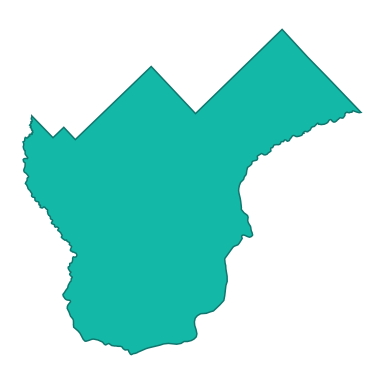 outline of Collón Curá, Neuquén, Argentina
{"feature_id": "61730980B40628819919033", "entity_name": "Collón Curá", "entity_type": "district", "adm_level": 2, "iso_a3": "ARG", "parent_name": "Argentina", "parent_adm1": "Neuquén", "projection": "equal_earth", "projection_center": [-70.399, -40.052], "detail": "fine", "context": "isolated", "style": "filled", "palette": "teal", "viewbox_px": 384, "rotation_deg": 0, "n_neighbors": 0, "source": "geoboundaries", "source_scale": "gbopen_adm2", "svg_char_len": 5837}
<svg xmlns="http://www.w3.org/2000/svg" viewBox="0 0 384 384"><path d="M25.3,137.4L24.9,138.3L24.6,140.8L24.2,141.3L23.0,141.9L23.7,143.6L23.8,144.2L23.5,146.0L23.2,146.7L23.6,148.6L24.3,150.1L24.7,150.6L25.1,150.7L25.0,151.5L25.2,152.1L25.1,153.6L25.4,154.5L27.4,157.1L27.8,157.8L27.4,158.6L27.2,158.7L26.5,158.4L25.2,158.6L24.9,158.5L23.8,158.9L23.2,159.5L23.4,161.1L24.0,162.1L25.0,162.8L25.2,163.5L25.0,166.6L23.9,169.5L23.8,170.6L24.0,171.4L24.4,172.1L26.1,173.3L27.6,175.0L28.6,176.5L28.4,177.2L28.2,177.5L27.6,177.7L27.2,178.2L27.1,178.7L27.1,180.2L26.8,181.0L26.5,181.3L25.7,182.6L25.4,183.6L26.6,184.8L27.5,186.7L28.1,188.7L28.9,189.7L29.6,190.1L31.9,193.7L32.0,194.3L31.6,195.0L31.6,195.7L31.8,196.4L32.7,197.1L34.8,197.6L35.0,200.3L35.8,201.1L36.6,201.5L38.1,201.7L38.7,202.2L38.9,202.6L39.0,204.7L39.4,205.1L40.1,205.0L40.4,205.2L40.5,205.5L40.2,206.6L40.2,207.4L42.0,208.0L42.6,207.9L43.4,207.1L44.4,207.1L44.9,207.3L45.7,208.4L46.7,209.3L47.5,209.7L47.6,210.7L47.4,211.8L47.7,212.3L47.9,213.7L48.2,214.4L48.7,215.2L49.6,215.8L50.4,217.0L50.4,218.5L51.0,219.2L52.3,219.9L52.6,220.4L52.6,220.9L52.3,221.6L51.9,221.9L51.5,222.5L51.6,223.5L54.3,224.7L54.5,225.0L54.6,226.4L55.1,227.0L55.7,227.2L56.8,226.8L58.0,227.4L58.6,228.0L58.7,228.4L58.6,228.7L57.9,229.6L57.9,230.5L59.3,231.4L60.8,232.9L61.4,234.2L62.1,235.2L62.0,235.8L61.3,237.1L62.4,238.4L64.9,240.2L66.6,240.1L67.2,241.4L69.5,242.5L69.6,243.2L69.3,244.1L69.3,244.5L71.5,246.3L71.6,246.7L71.1,248.0L71.0,248.3L70.4,249.8L70.4,250.3L70.6,250.7L70.8,250.9L71.7,251.1L72.4,252.0L73.3,252.0L76.1,253.3L76.8,254.6L76.8,255.6L76.5,256.3L75.9,256.9L74.6,257.2L73.8,256.9L73.3,256.9L73.1,257.1L72.8,257.7L72.6,258.5L72.7,259.1L72.5,260.7L72.1,262.1L71.4,263.0L70.0,263.3L69.8,263.5L69.7,264.3L69.8,265.1L69.5,266.3L69.3,266.6L68.5,266.8L68.2,267.1L68.2,268.2L68.6,269.3L70.1,271.5L70.8,271.9L70.9,272.1L70.8,272.5L70.0,273.4L69.7,274.3L69.8,274.7L71.5,276.6L72.0,276.8L72.2,277.1L72.1,277.8L71.4,278.3L71.3,278.6L71.1,281.0L70.1,281.9L68.3,285.2L67.7,287.7L67.3,288.4L65.8,290.3L64.6,292.3L63.0,294.3L63.0,294.9L63.3,296.2L64.9,298.5L65.7,299.3L67.1,300.0L69.8,300.3L70.3,300.8L70.5,301.8L68.1,304.8L67.4,306.3L67.2,308.4L69.1,312.2L70.5,316.1L72.9,319.0L73.4,320.3L73.5,323.4L73.4,324.5L73.7,327.2L78.0,330.9L80.0,333.2L83.2,339.3L84.8,341.0L85.4,341.2L86.1,341.2L88.8,340.4L92.1,339.2L93.7,339.1L98.0,340.0L102.6,342.1L104.1,344.0L104.9,344.6L105.8,344.9L107.1,344.1L108.8,343.5L109.5,343.8L110.0,344.3L111.7,345.5L114.9,346.0L115.9,345.9L117.9,346.3L120.5,346.3L122.0,346.9L123.1,348.6L124.6,349.7L125.4,350.0L127.3,349.7L128.3,350.1L128.8,351.5L130.5,354.3L131.4,354.6L133.4,353.6L135.1,353.4L137.1,352.7L137.6,352.3L146.1,348.6L148.8,347.8L159.7,345.2L163.7,343.9L168.4,343.4L176.7,344.2L181.1,343.4L184.0,341.5L187.5,341.5L191.4,340.5L194.1,339.0L196.3,336.8L196.9,333.8L196.1,329.8L194.7,325.4L194.4,321.8L195.2,318.2L197.4,315.6L200.7,313.7L206.3,313.3L209.8,312.0L213.5,310.9L219.7,305.0L223.8,300.5L224.7,295.9L225.9,285.5L227.2,281.4L227.1,276.2L225.9,268.9L225.7,265.4L225.1,263.2L225.0,262.1L224.7,259.1L224.9,258.4L232.9,247.3L234.3,246.2L237.9,244.8L239.4,243.0L242.1,238.6L242.2,238.2L241.7,237.1L241.7,236.1L242.3,235.3L243.3,235.0L245.0,235.4L247.1,236.4L248.8,237.0L249.6,237.2L251.2,236.6L252.5,235.4L252.6,234.9L252.2,233.0L251.3,230.8L251.0,229.4L250.7,227.0L250.2,225.8L249.4,224.7L248.5,223.1L248.0,221.8L247.7,220.7L247.9,218.9L248.1,217.2L247.5,215.5L245.8,214.1L244.0,212.8L241.3,209.4L241.4,207.5L240.7,201.2L240.2,198.3L239.0,193.3L238.6,190.7L238.8,188.3L239.4,185.4L240.6,182.4L243.6,179.4L244.2,177.2L244.9,176.0L245.5,175.5L245.9,174.9L246.4,173.5L246.8,170.3L247.6,167.4L250.0,165.7L251.5,164.3L251.8,163.6L251.9,162.4L252.2,161.7L252.6,161.4L253.4,160.9L255.9,160.4L256.7,160.1L257.2,159.6L257.6,158.7L257.6,158.1L257.3,157.0L257.3,156.2L257.6,155.9L261.1,153.7L261.6,153.5L262.5,153.9L263.9,154.8L265.1,154.9L265.9,154.7L267.1,154.2L268.3,152.9L270.8,151.2L270.9,150.4L270.7,149.5L270.8,148.4L271.0,148.0L271.5,147.8L272.6,147.6L273.3,146.4L273.6,145.7L274.0,145.1L274.4,144.8L275.6,144.8L276.2,144.6L278.4,144.7L279.7,144.3L280.3,143.7L280.7,142.9L280.9,142.1L281.7,141.6L283.5,141.6L284.5,140.0L285.7,139.9L286.3,140.3L287.2,141.2L287.6,141.2L289.0,140.7L289.4,140.3L290.2,138.7L291.2,137.7L292.2,136.1L292.9,135.6L293.6,135.5L294.3,135.6L296.0,136.5L297.0,136.6L299.1,136.2L301.7,135.3L302.4,134.4L302.8,133.3L302.9,133.2L303.8,133.3L304.0,133.2L303.5,132.5L304.4,131.6L305.5,131.4L307.0,131.8L307.8,131.7L308.2,131.2L310.2,130.0L311.1,128.1L312.2,126.9L314.4,126.4L317.3,123.4L317.8,123.2L318.1,123.3L318.7,124.3L320.1,124.3L321.0,124.6L324.3,124.2L326.8,123.1L328.2,121.8L328.8,120.6L329.4,119.9L330.6,119.6L331.5,120.1L332.3,121.3L333.5,122.0L334.1,122.1L335.1,121.9L336.6,120.9L337.4,119.9L338.3,119.3L339.6,118.0L340.3,117.7L341.3,118.0L342.5,118.1L343.3,117.8L344.9,115.5L344.9,114.1L345.1,113.6L345.8,112.7L346.3,112.6L346.7,112.2L347.3,112.2L347.9,112.6L349.5,112.7L349.7,112.4L351.9,112.2L352.1,112.0L352.2,111.4L352.4,111.0L353.3,110.8L356.5,112.0L359.2,112.7L361.0,112.4L326.2,76.1L307.6,57.1L282.1,29.4L195.5,113.6L151.2,66.5L75.3,139.6L63.8,127.3L53.0,137.7L31.8,115.9L31.8,116.6L32.0,117.2L31.5,117.6L31.6,118.0L31.2,118.9L31.5,119.1L31.8,119.6L32.0,120.2L32.1,121.4L31.9,121.7L31.3,121.5L31.0,121.6L30.9,122.2L31.3,122.7L31.3,123.4L30.8,123.6L29.7,125.2L30.7,125.7L31.0,126.1L30.8,126.7L30.3,127.0L30.3,127.3L31.0,127.8L31.2,128.2L31.2,128.8L31.8,129.2L31.8,130.2L32.7,130.8L32.5,131.5L32.8,132.5L32.5,132.8L32.0,132.8L31.8,133.1L31.7,133.7L32.1,133.8L32.2,134.1L32.0,134.4L31.8,134.5L31.5,134.2L30.9,134.1L30.5,134.3L30.0,134.3L29.9,134.9L29.2,135.0L29.1,135.4L29.6,136.1L28.8,136.5L28.6,136.8L28.0,137.0L27.9,137.5L27.6,137.8L26.8,138.1L25.8,137.4L25.3,137.4Z" fill="#14b8a6" stroke="#0f766e" stroke-width="1.5"/></svg>